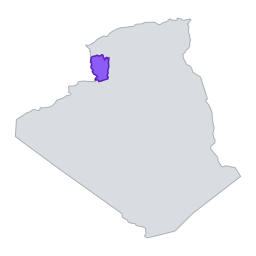 location of Naâma within Algeria
{"feature_id": "DZA-2149", "entity_name": "Naâma", "entity_type": "Province", "adm_level": 1, "iso_a3": "DZA", "parent_name": "Algeria", "parent_adm1": "", "projection": "orthographic", "projection_center": [-0.771, 33.209], "detail": "fine", "context": "in_parent", "style": "filled", "palette": "violet", "viewbox_px": 256, "rotation_deg": 0, "n_neighbors": 0, "source": "natural_earth", "source_scale": "10m", "svg_char_len": 5068}
<svg xmlns="http://www.w3.org/2000/svg" viewBox="0 0 256 256"><path d="M190.4,19.0L190.7,19.6L190.8,20.2L189.9,20.9L189.3,21.2L188.8,22.8L187.5,24.0L187.4,24.3L187.4,24.6L188.3,25.0L188.7,25.5L188.9,26.0L188.7,28.2L188.4,32.1L188.5,33.0L189.0,33.9L189.4,34.7L189.6,35.5L189.7,37.7L190.2,38.9L190.6,40.0L190.0,41.5L189.7,42.8L189.7,44.7L189.7,45.8L189.3,46.9L188.7,48.0L188.0,48.7L187.1,49.3L186.0,50.1L185.3,52.0L183.5,53.8L183.1,54.3L183.1,55.6L183.2,57.3L183.7,58.7L184.8,60.7L185.8,62.8L186.1,64.0L186.4,64.4L187.7,65.0L189.7,65.8L190.1,66.2L191.3,67.7L192.4,70.4L192.9,72.2L196.7,74.7L200.3,76.8L200.6,77.2L203.2,85.5L204.1,88.4L207.4,99.0L206.5,99.7L205.4,100.6L206.4,101.9L208.2,104.2L209.3,106.0L209.7,106.8L210.7,109.1L211.5,111.3L211.8,112.1L212.1,113.8L212.3,118.7L213.3,124.9L214.2,127.9L213.5,130.8L212.9,133.6L213.0,134.9L213.7,137.0L214.2,138.5L214.9,139.2L215.0,141.8L214.8,142.8L213.1,144.4L211.1,145.8L210.6,146.9L210.6,148.1L210.9,149.1L217.5,157.2L217.8,158.1L218.1,160.6L219.4,163.6L220.5,164.8L221.0,165.8L221.8,166.4L222.6,166.9L223.1,166.9L225.7,165.8L230.4,166.7L234.8,167.6L235.2,167.8L238.1,172.3L240.6,176.4L193.4,212.8L188.1,218.0L175.6,230.5L174.6,231.1L157.4,235.5L148.5,237.6L148.0,237.7L147.5,237.8L147.2,237.8L146.4,237.5L145.4,236.8L144.8,236.5L144.6,236.0L145.0,235.2L145.4,234.6L145.6,234.0L145.9,233.6L146.3,233.3L146.3,232.8L145.9,232.1L145.6,231.1L145.6,229.2L145.6,228.4L144.7,227.7L143.1,227.0L141.7,226.6L141.0,226.4L139.4,226.2L137.2,225.8L136.4,225.5L135.0,223.8L134.3,223.4L131.0,223.2L129.9,222.9L129.0,222.5L128.2,222.0L127.7,221.1L127.6,220.3L127.3,219.9L123.6,218.1L122.7,217.5L122.2,216.9L122.2,216.1L122.3,215.0L122.1,214.0L121.9,213.6L59.1,168.9L55.8,166.5L48.4,161.0L15.4,136.6L16.4,120.5L16.5,119.7L16.7,119.4L17.8,118.8L19.6,117.6L20.3,117.1L21.1,116.5L24.0,114.9L24.6,114.4L27.4,112.5L28.1,112.2L29.6,112.1L30.2,111.7L31.1,111.0L32.3,110.1L33.1,109.7L33.3,109.6L33.8,109.5L36.3,110.0L37.4,110.3L38.6,110.5L39.0,110.4L39.3,110.1L39.9,109.5L40.0,108.7L40.1,108.0L40.2,107.7L40.4,107.6L40.9,107.6L41.6,107.8L43.1,107.8L43.7,107.8L45.4,107.7L47.8,107.4L51.2,106.4L52.9,105.3L54.1,104.0L55.5,102.2L56.5,100.5L58.5,99.5L60.2,99.0L61.1,98.8L63.3,97.9L66.9,95.5L69.8,95.2L70.2,94.9L70.6,94.5L70.7,93.7L70.2,93.2L69.6,92.8L69.2,92.5L68.8,92.4L68.6,92.1L68.7,91.4L68.8,90.7L69.1,90.1L69.0,89.2L68.6,88.3L68.5,87.6L68.6,86.9L68.8,86.4L69.4,86.1L70.1,86.0L71.1,86.2L72.8,86.0L77.2,84.6L77.5,84.1L77.8,83.0L78.1,82.1L78.6,81.8L78.8,81.7L82.3,81.1L83.1,81.1L89.6,81.5L95.1,81.7L95.6,81.5L95.6,80.8L95.3,79.5L95.5,78.7L96.3,78.0L97.3,77.1L96.8,76.1L96.0,75.4L94.9,74.6L94.4,74.3L93.4,73.3L92.8,72.2L92.4,69.8L91.6,68.4L91.1,66.8L91.6,63.8L90.9,62.0L90.8,61.2L90.8,60.3L91.0,58.7L90.9,56.4L90.1,54.1L90.5,53.3L90.7,52.9L90.6,52.5L89.9,51.8L89.5,51.2L89.7,50.6L90.1,49.8L90.1,49.4L88.9,48.4L86.8,46.7L86.2,46.0L85.9,45.1L87.9,45.4L89.0,45.3L91.3,44.2L93.2,42.8L94.7,42.0L96.0,40.5L97.2,39.5L98.8,38.4L103.7,36.0L104.4,36.0L106.0,36.5L107.4,36.4L108.3,35.5L109.3,33.6L110.9,32.3L112.8,31.1L115.5,29.9L117.3,28.9L120.0,27.9L127.0,27.1L130.6,26.5L133.0,26.6L135.4,24.8L136.6,24.2L141.9,23.9L144.3,22.6L153.8,22.1L155.0,22.5L156.1,23.0L158.2,24.5L159.1,24.8L160.4,24.4L163.2,22.7L166.4,21.7L168.1,20.7L168.8,19.4L170.2,18.8L171.2,19.7L174.6,20.5L176.7,20.1L177.6,19.7L177.1,18.2L179.3,18.4L181.1,19.0L183.0,20.3L184.1,20.5L186.1,19.7L190.4,19.0Z" fill="#d9dde1" stroke="#a8b0b8" stroke-width="1"/><path d="M95.1,80.0L95.3,78.9L95.4,78.5L95.5,78.3L95.7,78.0L95.9,78.0L96.3,77.9L96.7,77.7L97.0,77.5L97.6,76.8L97.5,76.5L94.6,74.3L94.0,74.1L93.6,73.8L92.3,71.5L92.7,71.2L92.8,71.1L92.9,70.9L92.9,70.7L93.0,70.2L92.9,69.9L92.7,69.8L92.4,69.6L92.2,69.3L92.0,69.0L91.8,68.6L91.6,68.3L91.1,67.8L91.0,67.4L91.1,66.2L91.2,65.9L91.3,65.6L91.5,64.9L91.7,64.7L91.8,64.3L91.7,63.9L91.3,62.8L91.2,62.7L90.7,62.4L90.5,62.1L90.6,61.8L90.7,61.7L90.8,61.6L90.9,61.4L90.8,60.9L90.7,60.3L90.8,59.8L91.2,57.8L91.3,57.6L91.2,57.4L91.4,57.3L93.2,56.3L93.5,56.2L94.0,56.2L94.5,56.1L95.4,56.1L95.5,56.1L95.7,55.9L95.8,55.8L96.5,55.5L96.6,55.4L96.8,55.3L97.0,55.5L97.4,55.6L97.6,55.5L97.9,55.5L98.0,55.5L98.3,55.6L98.6,55.9L98.9,55.9L99.6,56.0L100.1,55.9L100.3,55.8L100.6,55.7L101.2,55.2L101.6,54.9L101.8,54.8L102.0,54.8L102.4,54.8L102.6,54.9L102.8,55.1L103.0,55.4L103.1,55.8L103.0,56.1L103.1,56.5L103.9,58.2L104.2,58.9L104.2,59.0L104.2,59.3L104.4,59.5L104.5,59.6L104.5,59.4L104.5,59.2L104.8,59.1L105.0,59.0L105.1,58.8L105.4,58.3L105.7,57.9L105.8,57.9L106.1,57.7L106.4,57.6L106.5,57.5L106.9,57.5L107.2,57.6L107.3,57.6L107.4,57.9L107.4,58.3L107.4,58.5L107.5,58.7L108.0,58.5L108.5,58.1L108.9,58.0L108.9,58.5L108.6,60.9L108.5,63.1L108.8,66.1L108.7,66.9L108.7,67.4L108.1,69.3L107.9,69.9L107.8,70.4L107.8,70.7L108.1,72.9L108.1,73.0L108.0,73.3L107.1,75.6L107.1,75.9L107.2,76.2L107.3,76.4L107.5,76.5L107.8,76.6L108.0,76.7L108.1,76.8L108.1,77.0L108.1,77.4L108.0,77.9L107.8,78.8L99.5,81.5L99.0,81.5L98.8,81.5L98.5,80.7L98.3,80.5L98.2,80.3L98.1,80.2L97.9,80.1L97.6,79.9L97.4,79.9L96.8,79.9L95.3,80.0L95.1,80.0Z" fill="#8b5cf6" stroke="#5b21b6" stroke-width="1.5"/></svg>